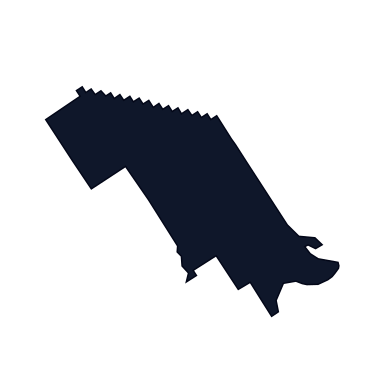 Perry, Arkansas, United States of America (orthographic projection), rotated 56°
{"feature_id": "52423323B97917914395582", "entity_name": "Perry", "entity_type": "district", "adm_level": 2, "iso_a3": "USA", "parent_name": "United States of America", "parent_adm1": "Arkansas", "projection": "orthographic", "projection_center": [-92.912, 34.944], "detail": "fine", "context": "isolated", "style": "filled", "palette": "ink", "viewbox_px": 384, "rotation_deg": 56, "n_neighbors": 0, "source": "geoboundaries", "source_scale": "gbopen_adm2", "svg_char_len": 1075}
<svg xmlns="http://www.w3.org/2000/svg" viewBox="0 0 384 384"><g transform="rotate(56 192 192)"><path d="M133.1,273.7L133.6,232.8L174.3,232.4L228.7,234.1L233.4,237.8L239.3,236.7L247.8,241.6L257.2,240.2L263.4,247.0L263.7,235.0L257.6,234.9L258.3,207.6L298.6,208.1L299.4,194.2L323.2,195.0L339.6,195.5L339.6,188.1L339.6,187.4L328.9,182.9L318.8,167.3L324.0,155.7L329.6,151.8L333.0,148.5L339.0,139.1L340.7,128.5L340.5,123.2L339.3,119.1L337.2,113.3L335.3,111.5L332.0,110.3L317.9,124.8L309.3,128.5L300.4,129.1L300.7,125.4L308.0,121.2L308.5,113.6L298.7,115.7L288.5,128.2L272.6,131.4L197.7,130.0L177.0,129.5L170.0,129.7L146.7,129.0L142.6,128.9L142.5,135.9L135.6,135.7L135.5,142.6L128.6,142.5L128.5,149.3L121.4,149.4L121.3,157.0L114.4,156.6L114.2,163.4L107.3,163.2L107.1,170.0L100.1,169.9L100.2,176.8L91.9,176.6L91.7,183.4L84.6,183.3L84.4,190.2L77.9,190.0L77.8,197.3L70.9,197.3L71.0,204.2L64.3,204.0L64.2,209.8L57.2,210.9L57.1,217.8L50.2,218.0L50.2,224.4L43.4,224.2L43.3,231.1L50.1,231.2L50.2,272.8L99.2,273.6L133.1,273.7Z" fill="#0f172a" stroke="#020617" stroke-width="1.5"/></g></svg>